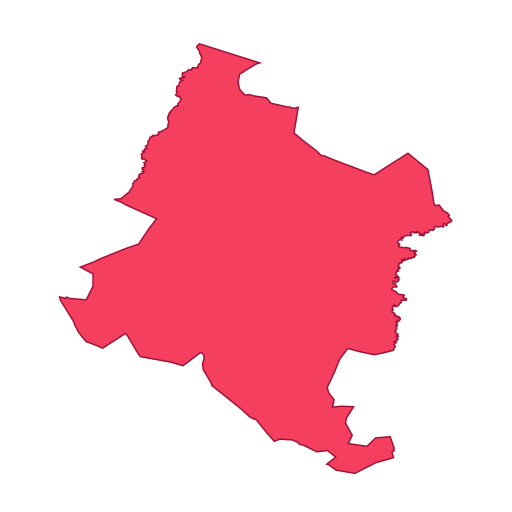 Mežvidu pag., Karsavas, Latvia (Natural Earth projection), rotated 187°
{"feature_id": "27541924B97990803808017", "entity_name": "Mežvidu pag.", "entity_type": "district", "adm_level": 2, "iso_a3": "LVA", "parent_name": "Latvia", "parent_adm1": "Karsavas", "projection": "natural_earth1", "projection_center": [27.562, 56.699], "detail": "fine", "context": "isolated", "style": "filled", "palette": "rose", "viewbox_px": 512, "rotation_deg": 187, "n_neighbors": 0, "source": "geoboundaries", "source_scale": "gbopen_adm2", "svg_char_len": 6071}
<svg xmlns="http://www.w3.org/2000/svg" viewBox="0 0 512 512"><g transform="rotate(187 256 256)"><path d="M275.8,448.1L338.1,459.7L340.3,456.8L340.5,456.3L340.2,455.9L337.3,452.6L336.8,451.8L336.6,450.2L335.7,449.6L335.3,448.3L334.2,447.0L334.1,444.5L334.7,443.0L334.1,441.4L336.3,439.2L336.5,437.7L337.0,437.0L336.7,436.4L337.5,435.5L342.0,435.1L342.7,433.8L342.4,433.0L345.9,432.5L347.5,430.3L351.2,428.8L351.5,427.5L350.5,425.0L349.8,424.9L348.9,425.5L348.5,425.0L348.5,424.4L349.6,424.0L351.5,424.3L352.3,423.2L353.5,423.0L353.1,422.3L350.3,421.3L351.9,420.6L351.9,420.1L352.6,420.1L353.3,418.0L353.1,416.6L353.7,415.9L353.6,415.1L354.9,414.9L355.4,414.3L355.1,413.4L355.1,409.8L354.0,408.8L355.1,407.1L355.3,405.9L354.1,405.5L353.6,404.8L351.7,405.4L351.1,404.8L351.3,404.1L350.3,403.8L349.3,402.7L350.1,401.8L349.8,401.2L350.1,400.2L352.1,397.6L352.0,396.4L351.5,396.0L352.0,395.4L352.7,395.5L354.7,394.3L355.8,393.0L356.5,391.3L358.1,389.8L358.4,388.5L359.5,387.7L359.4,386.8L359.0,386.5L359.5,386.3L360.0,385.4L359.9,384.5L360.5,383.8L359.9,382.9L360.6,382.2L359.0,378.3L359.4,374.7L359.0,373.4L359.4,372.6L362.9,369.6L364.5,368.8L365.3,367.8L367.8,367.1L368.1,366.2L367.4,365.0L367.9,364.4L371.9,363.0L373.1,363.3L373.5,362.9L373.2,362.2L375.4,361.1L375.8,360.3L376.0,358.2L377.2,356.6L377.2,355.7L376.8,354.5L377.1,353.0L377.9,352.3L378.7,352.1L379.1,351.3L377.3,349.4L378.3,348.6L379.6,348.7L379.6,346.0L380.4,346.8L381.3,346.3L380.8,344.7L382.2,342.9L381.4,341.2L381.6,340.0L381.0,339.6L381.3,338.6L380.7,338.2L378.3,338.5L376.8,336.9L376.1,337.1L377.1,335.6L378.7,335.1L377.2,333.9L378.1,332.7L377.7,332.1L377.1,332.2L377.1,331.1L377.6,330.3L379.5,330.1L379.7,328.5L378.0,327.9L378.0,327.3L379.1,326.0L377.8,326.2L377.4,325.9L378.4,324.4L379.8,323.5L381.0,323.5L381.8,322.7L382.2,320.7L381.1,319.7L383.6,317.8L383.6,316.5L385.8,316.0L385.9,314.3L387.1,313.0L386.8,312.0L387.0,309.3L388.8,306.3L389.5,304.3L396.9,296.5L403.7,294.9L395.9,292.9L390.8,290.7L359.2,280.9L365.8,269.7L373.9,253.6L386.5,247.4L410.0,234.4L415.6,230.7L429.0,223.6L415.5,218.3L414.1,206.2L419.1,191.8L436.4,191.2L438.0,192.0L439.7,191.8L440.4,190.4L442.5,191.1L445.9,191.5L445.0,188.6L429.1,168.8L427.3,165.3L423.2,159.2L418.7,154.5L413.8,150.2L404.5,148.1L397.0,145.8L375.9,163.4L373.4,160.6L360.8,144.3L358.3,142.0L327.6,140.3L315.1,138.2L299.1,153.6L295.5,151.4L295.1,147.5L295.9,142.3L294.5,136.8L286.3,126.2L283.4,122.0L283.7,121.9L253.8,103.4L242.0,95.2L237.5,93.8L236.1,93.9L224.3,82.3L215.3,74.3L210.2,77.1L197.7,77.9L192.0,76.2L189.9,74.4L185.6,73.9L171.9,69.1L161.3,71.6L152.4,66.1L160.4,58.0L158.6,57.7L150.4,53.2L131.4,52.3L112.0,65.4L94.8,72.7L97.1,77.4L96.1,79.1L95.3,79.5L95.5,82.2L100.8,93.0L115.1,90.0L122.7,80.6L141.5,81.1L138.7,89.8L146.8,101.1L146.5,106.1L140.8,118.3L152.8,117.3L161.6,115.3L161.0,122.9L167.3,129.2L169.3,134.3L164.0,150.2L160.4,163.7L153.7,175.4L140.5,173.6L126.8,172.4L118.0,175.3L108.3,179.1L106.7,183.5L108.3,184.8L107.7,186.2L106.1,187.2L106.7,187.8L108.2,188.0L105.4,189.8L105.1,191.3L107.2,192.3L105.2,193.5L106.5,194.2L105.6,194.6L105.5,195.6L108.0,196.8L108.1,197.8L109.2,198.3L109.1,198.7L108.2,199.0L107.4,201.0L108.3,203.0L107.3,203.8L107.1,204.4L107.6,204.9L108.3,204.7L107.9,206.2L108.1,207.1L110.1,207.7L107.4,207.8L107.0,208.4L107.7,208.8L107.8,209.3L105.7,209.3L105.7,209.9L104.9,211.1L105.5,211.9L106.3,211.9L106.6,213.0L108.2,212.8L108.9,213.9L110.5,213.4L111.0,213.7L111.3,214.1L110.8,215.2L111.9,215.6L112.2,216.4L113.1,216.3L114.1,216.9L114.1,218.3L113.3,218.9L113.4,219.3L114.4,219.8L113.9,220.7L114.3,222.4L113.0,224.2L112.6,224.1L112.7,223.3L112.2,222.9L111.6,223.3L110.7,222.9L109.2,223.7L108.3,224.5L108.0,225.8L106.3,227.6L106.5,229.4L106.2,229.8L102.3,230.3L101.5,230.7L101.2,231.4L101.8,232.0L105.0,232.4L105.1,232.7L104.1,234.6L104.2,235.3L110.2,235.5L110.9,235.8L112.3,237.5L116.9,239.0L117.3,239.7L116.6,241.3L114.6,242.5L112.9,242.1L112.6,242.8L114.9,245.9L116.4,245.2L117.0,247.3L116.8,248.0L116.1,248.2L113.9,247.2L112.9,247.2L111.0,249.8L111.4,250.5L113.0,251.3L114.2,251.5L115.5,251.0L115.9,251.5L114.9,252.2L111.8,252.3L114.7,254.6L114.9,255.2L114.8,257.4L113.0,258.4L113.9,258.8L114.1,259.5L112.6,260.3L111.6,261.9L112.4,262.6L112.9,262.1L113.6,262.3L113.3,265.0L112.8,265.5L113.0,266.0L112.5,265.9L111.9,266.6L110.4,267.2L109.8,268.7L110.6,269.2L109.5,269.5L110.1,270.2L109.2,270.0L108.4,271.0L108.3,270.0L107.6,269.7L106.9,270.9L106.4,270.7L104.2,271.6L104.1,271.9L104.7,272.1L104.5,272.7L103.4,272.8L103.1,272.4L102.2,272.9L101.5,272.5L101.1,273.2L98.5,274.3L98.3,274.5L98.7,274.9L98.3,275.9L97.2,276.6L97.2,276.9L98.1,277.4L98.2,278.0L99.4,278.1L99.7,278.7L99.6,279.2L98.8,279.4L97.3,280.5L98.2,281.0L99.7,280.4L103.6,280.5L104.0,280.7L103.9,282.1L104.7,282.6L105.7,282.3L108.1,282.9L109.6,282.2L115.4,282.5L116.0,283.3L114.9,284.4L114.8,285.1L115.1,285.5L115.8,285.4L116.1,286.1L117.2,286.4L116.8,288.4L114.9,290.0L113.9,289.5L113.2,289.6L114.1,291.8L112.3,291.5L112.2,291.7L112.7,292.4L111.7,292.7L111.4,293.5L110.7,293.9L109.6,294.5L104.3,295.3L104.2,296.0L105.8,297.6L103.9,299.1L102.2,298.4L101.6,299.2L101.4,298.6L99.8,298.4L99.1,298.8L99.9,299.1L99.7,299.4L98.4,300.0L98.1,299.5L96.7,299.1L96.5,296.8L95.5,296.5L94.5,296.8L95.3,297.7L93.5,298.0L93.1,297.8L93.5,297.1L93.1,296.5L92.0,296.6L91.6,297.3L91.6,300.1L89.8,299.6L87.5,300.6L87.4,302.7L87.1,303.0L83.5,303.0L83.3,303.9L82.2,304.4L82.2,305.7L81.7,307.3L80.6,307.5L79.2,306.9L75.8,307.9L73.5,307.7L73.2,308.4L73.9,310.0L73.8,310.9L72.7,311.0L70.6,309.3L70.2,309.8L70.5,311.3L66.7,313.9L66.1,315.2L70.1,318.7L69.0,319.7L69.0,320.2L70.1,320.5L70.5,321.4L71.6,322.2L75.4,323.7L80.9,329.1L83.3,327.7L85.7,329.4L88.6,340.0L95.9,362.7L117.7,376.5L148.6,351.0L156.1,352.5L190.1,360.8L200.9,363.8L203.7,363.8L208.4,367.5L220.6,374.6L233.3,382.7L232.2,408.8L233.2,408.6L233.9,407.6L236.9,407.5L238.5,406.9L240.2,408.1L242.1,407.7L259.7,409.4L264.8,414.3L276.7,414.6L282.1,415.3L286.7,414.5L291.9,418.7L293.3,421.3L294.9,426.7L294.5,434.5L290.9,437.1L289.6,438.6L278.9,446.8L275.8,448.1Z" fill="#f43f5e" stroke="#9f1239" stroke-width="1.5"/></g></svg>